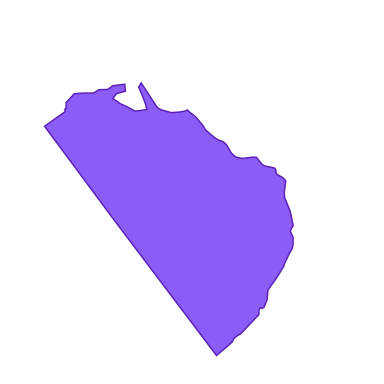 Huron, Michigan, United States of America (Robinson projection), rotated 55°
{"feature_id": "52423323B37745159974829", "entity_name": "Huron", "entity_type": "district", "adm_level": 2, "iso_a3": "USA", "parent_name": "United States of America", "parent_adm1": "Michigan", "projection": "robinson", "projection_center": [-83.064, 43.869], "detail": "fine", "context": "isolated", "style": "filled", "palette": "violet", "viewbox_px": 384, "rotation_deg": 55, "n_neighbors": 0, "source": "geoboundaries", "source_scale": "gbopen_adm2", "svg_char_len": 1094}
<svg xmlns="http://www.w3.org/2000/svg" viewBox="0 0 384 384"><g transform="rotate(55 192 192)"><path d="M340.0,265.7L338.0,245.4L336.3,242.5L335.7,238.6L336.1,233.5L330.8,207.6L327.2,205.0L326.1,202.9L326.2,202.1L327.7,201.3L327.6,198.8L323.5,192.5L315.8,185.9L310.8,171.8L305.4,159.3L304.6,158.8L299.2,149.3L295.7,142.3L293.2,139.6L287.0,135.1L281.0,134.1L279.3,132.3L277.6,128.4L264.4,122.7L250.1,119.4L245.5,116.9L236.8,108.9L232.5,109.3L226.4,112.3L223.3,111.8L222.6,110.8L219.7,110.7L212.0,117.8L209.1,118.8L200.7,119.3L199.0,121.0L193.4,131.5L189.4,135.4L187.0,136.6L182.6,137.5L173.1,136.6L168.8,137.6L164.1,140.8L160.6,142.3L148.9,145.3L143.9,144.9L133.4,145.8L122.0,148.9L121.9,150.7L119.5,156.1L115.1,163.5L107.3,169.9L103.0,172.0L84.2,171.4L73.5,171.1L75.5,175.5L84.6,177.4L92.9,179.5L98.6,181.7L93.2,192.2L85.0,196.3L78.3,200.2L70.1,203.2L68.1,197.6L71.2,188.7L65.1,185.3L59.5,196.0L59.7,202.1L54.9,209.5L54.4,216.1L49.4,223.1L44.0,232.0L46.4,243.7L50.9,247.0L51.4,248.8L53.4,249.8L53.6,275.1L169.7,271.9L340.0,265.7Z" fill="#8b5cf6" stroke="#5b21b6" stroke-width="1.5"/></g></svg>